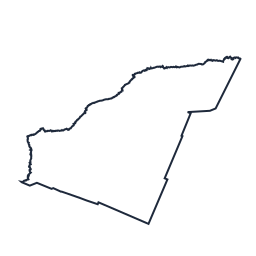 the district of Iriondo, Santa Fe, Argentina, rotated 191°
{"feature_id": "61730980B62800099035851", "entity_name": "Iriondo", "entity_type": "district", "adm_level": 2, "iso_a3": "ARG", "parent_name": "Argentina", "parent_adm1": "Santa Fe", "projection": "orthographic", "projection_center": [-61.163, -32.744], "detail": "fine", "context": "isolated", "style": "outline", "palette": "slate", "viewbox_px": 256, "rotation_deg": 191, "n_neighbors": 0, "source": "geoboundaries", "source_scale": "gbopen_adm2", "svg_char_len": 5888}
<svg xmlns="http://www.w3.org/2000/svg" viewBox="0 0 256 256"><g transform="rotate(191 128 128)"><path d="M222.0,54.5L213.4,52.7L207.0,56.8L191.4,53.7L189.9,54.7L181.6,52.7L181.0,52.9L161.5,50.1L155.1,49.0L143.2,47.4L142.8,49.4L89.6,37.8L79.5,85.0L82.4,85.6L73.0,130.4L74.0,130.6L69.3,154.4L72.5,155.0L50.9,160.5L45.7,163.9L30.8,217.3L31.2,217.6L32.0,217.6L32.6,217.5L33.3,218.2L33.8,217.9L34.5,218.1L35.1,218.0L36.0,217.1L36.3,217.2L36.3,217.6L36.5,217.7L37.8,217.0L38.3,216.2L38.8,215.9L38.9,215.6L38.7,215.3L38.3,215.5L38.1,215.4L38.3,215.2L38.6,215.1L39.4,215.3L39.7,215.5L39.7,216.5L39.9,216.7L40.8,216.8L41.4,217.5L41.8,217.2L42.0,216.4L42.3,216.3L42.9,215.6L43.6,215.7L43.9,216.1L44.0,216.6L44.4,216.8L44.9,216.5L44.7,215.9L44.8,215.7L45.9,215.5L46.1,215.3L46.3,215.0L46.2,214.3L46.8,214.1L46.9,213.8L46.8,213.4L47.4,211.9L47.3,211.2L50.8,211.6L51.7,211.2L53.1,211.1L53.7,211.5L55.1,210.8L56.5,211.0L57.6,210.8L57.9,210.5L57.8,210.1L58.0,210.0L58.4,210.3L59.0,210.3L59.6,210.8L60.4,210.1L61.2,210.4L62.1,209.9L62.5,210.3L62.8,210.0L62.6,209.4L62.7,209.2L63.3,209.1L64.2,207.9L64.8,207.5L64.8,206.9L65.0,206.6L66.3,204.9L67.3,204.5L67.7,204.5L67.8,204.7L68.2,204.8L70.9,204.5L71.6,204.0L71.9,203.6L73.2,203.1L74.0,202.5L74.5,202.3L75.5,201.7L76.7,201.7L77.2,201.4L79.0,201.2L79.7,200.8L80.0,200.9L80.5,200.4L81.2,200.7L81.5,200.1L82.5,199.9L83.8,199.2L84.6,199.5L85.5,198.8L87.8,198.2L88.9,197.3L91.1,197.4L91.7,196.8L92.0,196.8L92.3,197.1L92.4,197.5L92.7,197.6L93.3,196.9L93.9,196.6L95.1,196.7L95.7,196.2L97.5,196.2L98.6,195.4L100.2,195.4L101.0,195.0L101.2,194.5L101.9,195.0L102.2,194.3L102.9,194.1L103.3,193.5L103.8,193.3L105.2,194.6L105.5,195.3L105.8,195.5L105.9,195.3L105.7,194.7L105.7,194.4L106.0,194.4L106.5,194.8L107.4,194.3L107.6,194.1L107.9,194.5L108.1,194.5L108.3,194.4L108.9,194.3L109.4,193.9L110.0,194.0L110.4,193.8L111.1,193.8L113.1,192.5L114.0,192.0L114.4,192.0L115.2,191.4L116.7,190.9L117.0,191.3L117.1,190.7L117.8,190.6L118.1,190.1L118.5,189.9L118.8,190.5L119.0,190.6L120.0,190.3L120.4,190.4L120.5,189.7L120.9,189.2L120.6,188.6L120.7,188.4L121.2,188.6L121.4,188.3L122.0,188.3L122.2,188.0L122.1,187.6L122.5,187.3L123.0,187.6L123.4,187.6L124.6,186.8L125.0,186.2L125.6,185.0L125.9,184.8L126.3,184.6L127.2,184.9L127.6,184.3L128.7,184.3L129.0,183.9L131.5,182.6L131.4,182.3L131.6,181.8L132.7,181.2L133.4,181.1L133.5,181.0L133.4,180.6L133.2,180.4L132.9,180.6L132.6,180.6L132.5,179.9L132.1,179.9L131.6,179.6L131.3,179.4L131.3,179.1L132.0,178.8L132.2,178.1L132.7,177.8L133.3,177.0L133.2,176.6L133.8,176.3L134.3,175.3L134.8,174.7L134.9,174.2L135.2,173.9L135.3,172.8L135.8,172.6L136.0,172.0L139.2,169.8L139.2,169.4L139.5,169.1L140.3,167.6L140.8,167.1L141.0,166.5L141.7,165.8L141.6,165.4L141.2,165.1L141.2,164.6L140.6,164.2L140.5,163.8L141.2,163.7L141.4,162.3L141.8,162.2L142.7,161.1L143.1,161.1L143.2,160.5L143.7,160.5L143.5,159.9L143.8,159.8L144.8,158.6L145.1,158.5L145.1,158.0L145.5,157.9L146.0,157.0L147.1,156.3L147.5,155.7L147.9,155.7L148.0,155.5L148.3,155.4L148.5,155.0L149.2,154.7L149.5,154.1L149.9,153.8L150.8,153.6L151.6,153.1L152.3,153.0L152.8,152.5L155.4,151.9L156.1,151.5L156.7,151.3L158.1,150.3L159.1,149.9L159.5,149.7L160.0,149.6L160.9,149.4L162.0,148.7L162.6,148.5L163.1,148.0L163.9,147.7L164.8,146.9L165.3,146.8L166.0,146.1L166.9,146.1L167.2,145.7L168.0,145.4L168.6,144.7L169.1,144.5L169.3,144.0L169.9,143.9L170.2,143.1L170.9,143.0L171.2,142.3L171.7,142.0L171.8,141.8L171.7,141.5L172.0,140.7L173.2,139.2L172.8,138.9L172.8,138.4L172.2,138.4L172.1,137.5L173.3,136.7L173.6,135.2L173.0,135.1L172.7,134.8L172.7,134.6L172.9,134.4L173.4,134.5L174.2,133.7L174.5,133.4L174.6,133.0L175.4,132.0L176.3,130.5L177.1,130.0L177.2,129.2L177.7,128.2L178.2,127.7L178.6,126.8L179.1,126.7L179.6,126.0L179.6,125.6L180.3,124.7L180.4,124.2L180.8,124.1L181.0,123.4L180.7,123.0L180.7,122.6L182.1,121.8L181.7,121.4L182.0,120.8L181.8,120.4L181.9,120.1L183.2,118.9L184.2,116.7L184.7,116.6L185.5,116.0L185.5,115.3L185.6,115.1L186.4,114.7L186.7,115.0L188.1,115.6L188.8,114.9L189.2,114.9L190.2,114.3L190.4,113.9L191.1,113.2L191.8,113.1L192.4,113.4L192.8,112.8L193.1,112.8L194.1,112.4L194.5,112.1L195.4,112.2L196.3,112.2L196.7,112.0L197.0,111.7L197.3,111.8L197.8,111.6L198.2,111.6L198.5,111.2L199.1,111.2L199.7,110.9L200.1,111.0L200.4,110.7L200.7,110.8L201.3,110.4L201.7,110.7L202.1,110.3L202.3,110.6L202.9,110.6L203.4,111.0L203.9,110.5L204.4,110.4L204.7,110.1L206.1,110.0L206.3,109.7L206.7,109.7L206.9,109.4L207.7,109.2L208.7,108.6L209.0,108.8L209.3,109.7L209.9,109.8L210.4,110.1L210.6,110.6L210.8,110.9L211.1,110.9L211.5,111.5L212.0,111.1L212.7,111.0L212.9,110.6L213.5,110.6L213.7,110.4L213.4,109.8L213.8,109.5L214.0,108.4L215.1,107.9L215.4,107.2L216.0,106.9L216.3,106.2L216.7,105.9L217.6,104.6L218.1,104.2L218.9,103.8L219.1,103.3L219.3,103.2L219.8,103.5L220.2,103.1L220.6,103.1L221.2,102.7L221.7,102.9L221.9,102.7L221.9,102.3L222.5,102.2L223.1,101.9L224.0,100.9L224.5,101.1L225.2,100.6L225.2,100.3L224.6,99.7L224.4,98.8L224.2,98.4L224.1,98.2L224.4,97.6L224.2,97.2L224.2,96.6L223.8,95.4L223.4,95.0L222.6,94.6L222.8,94.2L222.6,93.6L222.1,92.9L221.5,92.4L221.6,91.7L221.3,91.1L220.7,90.4L220.3,90.4L220.1,90.3L219.9,89.8L219.4,89.7L218.7,88.5L218.8,88.3L219.5,88.0L219.7,87.8L218.6,87.4L218.8,86.9L218.5,86.0L218.7,85.0L218.4,84.6L218.8,83.9L218.8,83.4L218.5,83.1L217.9,83.2L217.5,81.9L217.6,81.1L217.4,80.6L217.2,79.8L217.7,77.6L217.6,76.8L217.2,76.0L217.2,75.6L217.8,75.4L218.0,75.1L217.3,74.3L216.7,74.1L216.5,73.8L217.5,72.9L217.8,71.1L217.6,70.9L217.1,71.1L216.9,71.0L216.7,70.4L215.6,69.1L215.6,68.8L215.8,68.4L216.6,68.2L216.7,67.9L216.4,67.5L216.2,66.7L215.9,66.3L214.9,65.7L216.7,63.3L216.4,62.7L217.1,62.4L217.2,62.0L217.1,61.2L216.5,61.0L216.6,60.7L216.9,60.3L216.9,60.0L215.9,58.6L216.2,58.4L216.7,58.4L217.2,57.9L218.0,57.6L218.1,57.0L218.3,56.9L219.7,56.6L220.1,56.2L220.3,55.6L221.0,55.2L221.1,54.8L222.5,54.8L222.0,54.5Z" fill="none" stroke="#1e293b" stroke-width="2"/></g></svg>